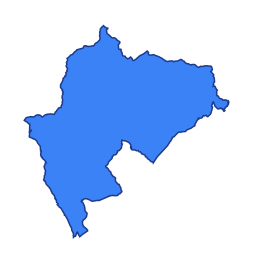 Vintila Voda, Buzau, Romania (Albers equal-area conic projection), rotated 85°
{"feature_id": "2599482B97538487419243", "entity_name": "Vintila Voda", "entity_type": "district", "adm_level": 2, "iso_a3": "ROU", "parent_name": "Romania", "parent_adm1": "Buzau", "projection": "albers", "projection_center": [26.732, 45.463], "detail": "fine", "context": "isolated", "style": "filled", "palette": "blue", "viewbox_px": 256, "rotation_deg": 85, "n_neighbors": 0, "source": "geoboundaries", "source_scale": "gbopen_adm2", "svg_char_len": 5857}
<svg xmlns="http://www.w3.org/2000/svg" viewBox="0 0 256 256"><g transform="rotate(85 128 128)"><path d="M232.1,191.8L231.6,191.2L231.2,189.7L228.2,188.3L227.7,187.7L226.7,187.5L229.5,186.8L232.1,185.5L230.1,182.7L227.0,177.2L226.1,177.2L224.0,178.9L222.1,181.0L221.6,180.9L220.3,181.6L217.5,181.6L215.6,180.4L214.9,179.0L212.6,177.0L209.4,176.2L206.6,178.1L204.6,177.9L202.2,178.2L198.9,179.2L197.8,179.8L197.7,180.4L197.3,181.0L195.9,180.2L196.2,179.9L196.0,179.4L194.7,178.1L194.9,177.2L194.7,176.3L194.9,175.3L196.4,172.3L197.7,170.5L197.8,168.6L197.4,164.4L197.8,163.4L194.7,153.9L194.2,153.1L194.4,152.4L193.7,151.5L194.0,150.2L193.7,149.5L194.1,148.3L194.4,145.7L194.2,144.0L193.1,143.5L192.8,141.8L192.1,141.3L191.8,140.5L191.3,140.4L190.9,139.7L189.6,139.8L188.7,140.5L187.0,140.3L185.6,141.1L183.7,141.6L183.3,141.9L183.1,142.9L179.9,145.1L178.0,145.1L176.9,144.7L175.6,145.9L174.7,147.3L173.8,147.6L172.9,148.6L170.1,149.1L169.1,150.4L167.4,151.1L165.8,152.2L165.4,153.2L163.9,153.6L163.4,152.4L162.5,151.4L159.9,150.1L157.2,146.9L156.4,146.3L155.5,146.4L154.3,145.0L153.7,144.7L153.6,143.1L153.3,142.2L152.6,141.5L151.7,141.2L151.1,140.5L149.9,140.4L149.7,138.7L147.6,136.5L144.3,135.5L143.5,135.0L143.0,135.7L139.6,135.2L140.2,133.8L140.7,131.4L141.8,129.7L142.1,128.8L143.8,127.4L145.3,126.7L146.5,126.8L146.8,126.4L147.3,126.4L147.6,127.1L148.3,127.0L148.4,126.2L149.8,126.4L150.3,125.0L150.3,123.2L151.4,121.6L151.4,119.8L152.6,119.2L152.9,117.7L154.7,116.7L155.5,115.5L156.1,113.9L157.0,113.1L158.1,113.2L158.6,112.0L159.2,111.5L160.1,111.4L161.1,110.0L163.5,107.9L163.8,107.3L163.9,106.1L165.0,105.9L159.2,101.3L149.0,90.1L147.0,88.7L146.4,88.0L145.9,87.9L144.6,86.5L141.8,84.7L141.5,84.8L140.8,83.6L140.8,83.0L137.2,79.0L136.6,77.6L136.7,74.8L136.4,73.5L136.5,71.0L134.9,69.3L133.8,65.4L132.4,63.1L131.7,61.4L131.2,61.0L130.2,61.0L126.6,58.6L126.0,58.1L125.1,56.5L124.4,57.0L124.5,54.4L124.2,53.3L123.9,52.9L122.5,52.3L122.2,51.9L122.7,50.8L122.1,49.2L123.5,48.1L123.7,47.6L121.7,45.0L120.4,44.0L114.7,42.0L114.2,42.1L113.7,42.8L113.2,42.9L111.6,41.8L110.5,41.7L109.8,41.2L109.5,40.6L113.8,39.4L116.6,37.1L116.9,35.8L116.4,34.8L116.6,34.2L116.3,33.8L117.0,33.3L116.8,32.6L119.7,31.0L119.5,30.3L119.0,29.9L118.7,30.0L118.1,31.0L117.5,30.8L116.1,28.8L115.3,28.3L114.9,27.1L114.2,27.1L113.4,26.0L112.6,26.3L112.2,25.7L111.1,26.2L110.9,25.3L109.4,25.9L109.2,27.1L108.5,28.3L108.7,29.0L108.4,29.7L108.7,29.9L108.7,30.4L108.2,31.3L107.2,32.0L107.1,32.7L106.7,33.8L106.0,34.6L104.9,34.9L103.8,35.7L103.5,36.7L99.0,36.5L98.1,35.7L96.5,36.9L94.2,37.6L93.6,39.0L93.9,39.5L92.9,39.3L92.4,38.8L91.2,39.1L90.0,38.2L89.8,37.8L88.9,37.7L85.3,37.8L83.8,38.7L83.0,38.0L82.4,38.0L79.0,40.6L78.8,40.3L78.8,39.9L77.0,38.8L75.2,39.3L74.7,39.2L73.8,39.9L73.4,40.6L73.4,42.1L72.9,43.6L73.0,44.7L72.7,46.0L73.2,48.1L72.9,50.4L73.7,52.3L73.6,52.9L72.9,53.9L71.1,55.4L70.4,56.7L70.4,59.5L70.7,60.0L69.1,62.6L69.2,63.5L67.8,65.5L66.5,66.1L65.9,67.3L64.6,68.6L64.3,69.6L65.5,72.2L65.6,75.8L66.0,76.8L65.1,77.7L64.9,80.7L65.3,82.8L64.9,83.5L64.5,85.0L63.7,85.3L63.1,86.5L61.8,87.7L59.3,91.7L57.7,95.3L57.2,95.8L57.4,99.5L57.0,100.6L56.2,101.3L54.5,101.0L53.0,102.2L55.5,105.9L55.6,106.5L56.4,107.8L56.5,108.9L57.3,110.1L57.5,110.8L58.3,111.5L59.1,112.9L59.7,113.3L61.4,116.5L61.2,117.2L59.2,117.9L57.5,119.2L58.7,120.9L59.0,122.4L57.8,123.8L56.2,124.7L55.8,126.8L53.8,127.4L52.1,127.4L51.2,128.2L49.2,128.0L48.8,128.7L48.9,129.7L48.2,130.4L44.4,130.4L42.3,128.6L41.8,128.6L40.8,129.3L40.1,130.8L39.4,131.0L38.9,131.8L37.7,132.3L36.9,134.1L36.9,135.7L36.4,136.5L33.9,138.6L32.4,140.3L31.3,140.8L28.5,140.9L27.7,140.2L27.6,139.7L26.9,139.4L26.3,140.9L25.6,141.7L25.4,142.4L23.9,143.4L25.2,145.3L27.1,147.0L29.1,147.2L30.0,147.9L32.1,147.7L33.4,148.3L36.6,148.0L37.7,148.5L39.8,150.8L40.3,152.1L41.1,153.4L43.0,154.7L43.2,155.2L43.0,156.6L43.4,157.6L43.3,159.1L43.5,160.0L43.2,160.5L43.0,162.1L42.7,162.1L42.4,162.6L42.4,164.4L43.2,165.2L44.2,165.6L44.6,166.2L45.6,172.1L46.3,172.5L47.6,174.6L50.0,177.1L50.2,178.5L52.7,181.4L53.4,182.7L54.6,182.2L55.3,182.3L57.6,183.7L59.0,183.3L61.1,184.3L62.7,183.5L63.1,183.0L65.5,183.9L66.1,183.6L67.4,185.1L69.5,185.1L70.7,185.6L70.7,186.4L71.5,186.5L73.0,188.4L74.4,188.5L77.6,190.3L78.6,191.3L81.5,191.7L83.3,190.8L83.6,190.2L84.8,189.9L85.0,190.3L86.6,189.5L87.5,190.1L88.4,189.7L90.0,190.7L91.7,191.0L95.0,190.6L96.5,191.4L98.1,191.2L100.1,192.6L101.7,192.9L101.9,193.3L101.7,194.0L102.0,194.8L102.0,195.4L103.5,196.5L104.3,197.5L105.3,198.0L105.9,199.1L106.8,199.3L108.1,200.5L107.6,201.6L107.6,202.7L107.2,203.8L107.3,207.5L107.6,207.6L107.5,208.4L108.1,210.1L109.6,212.2L109.4,212.8L108.6,213.4L107.4,214.9L107.4,216.0L107.1,216.2L107.1,217.5L107.3,218.4L108.4,220.1L108.8,221.2L108.2,223.7L108.8,228.4L111.3,230.7L112.6,229.3L113.4,227.7L114.1,227.5L114.5,227.0L115.6,226.1L115.7,225.5L121.9,226.3L121.9,224.5L122.2,224.4L122.6,224.8L122.5,225.4L122.8,225.8L122.7,226.1L123.3,226.5L123.3,226.0L123.5,226.0L124.4,226.4L128.1,227.1L128.7,226.6L129.7,224.3L130.5,223.5L131.1,221.8L132.4,220.5L132.9,220.3L133.3,219.8L134.9,219.4L138.6,217.0L143.2,217.1L143.3,216.5L143.7,216.4L146.2,217.3L148.2,217.2L149.5,216.2L149.6,216.5L151.0,215.7L153.1,213.6L155.4,212.6L155.6,212.5L155.7,213.4L156.9,213.7L158.9,214.9L160.9,214.7L163.6,213.8L164.3,214.0L165.3,214.6L166.5,214.2L168.3,215.5L170.3,215.7L172.2,216.6L173.6,215.9L173.5,215.3L173.7,215.2L177.0,214.3L180.3,211.6L180.7,211.6L182.0,210.6L184.8,209.8L185.2,209.4L186.6,209.2L187.7,208.0L188.8,207.4L190.3,207.0L190.9,206.6L191.4,206.6L191.8,207.0L193.0,206.3L193.0,205.8L195.8,205.6L197.4,204.3L198.2,205.2L200.0,203.7L200.9,203.3L202.0,201.8L208.1,198.9L209.1,198.9L209.0,198.7L210.3,197.8L213.5,196.3L219.5,194.4L223.0,192.9L225.1,192.9L227.0,192.0L228.7,191.6L230.1,191.6L230.7,192.0L231.1,191.7L232.1,191.8Z" fill="#3b82f6" stroke="#1e3a8a" stroke-width="1.5"/></g></svg>